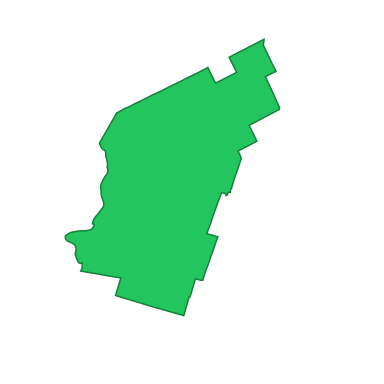 the district of Frasinet, Calarasi, Romania, rotated 152°
{"feature_id": "2599482B90916905842338", "entity_name": "Frasinet", "entity_type": "district", "adm_level": 2, "iso_a3": "ROU", "parent_name": "Romania", "parent_adm1": "Calarasi", "projection": "robinson", "projection_center": [26.835, 44.326], "detail": "fine", "context": "isolated", "style": "filled", "palette": "green", "viewbox_px": 384, "rotation_deg": 152, "n_neighbors": 0, "source": "geoboundaries", "source_scale": "gbopen_adm2", "svg_char_len": 3805}
<svg xmlns="http://www.w3.org/2000/svg" viewBox="0 0 384 384"><g transform="rotate(152 192 192)"><path d="M56.6,293.0L58.7,293.1L59.4,293.1L67.0,293.2L69.5,293.2L73.7,293.3L77.7,293.3L80.6,293.3L82.7,293.4L87.0,293.5L96.0,293.5L96.3,279.1L96.4,276.6L120.0,277.1L120.0,281.7L119.9,284.2L119.9,286.7L119.5,294.5L120.0,294.4L121.7,294.4L125.9,294.5L127.7,294.5L128.6,294.5L131.9,294.6L137.8,294.8L141.6,295.0L144.5,295.0L149.2,295.1L153.8,295.2L156.7,295.3L160.2,295.4L164.4,295.6L167.1,295.6L168.4,295.6L170.1,295.6L171.6,295.6L172.2,295.7L172.9,295.8L174.6,295.9L177.0,296.0L179.1,296.1L180.1,296.3L185.2,296.3L188.9,296.4L191.3,296.4L192.1,296.4L195.2,296.5L197.0,296.6L198.7,296.7L201.1,296.8L202.1,296.8L204.2,296.8L206.3,296.8L207.8,296.9L210.0,297.0L210.8,297.1L211.5,297.2L212.4,297.3L213.8,297.3L216.7,297.1L221.2,297.2L237.3,287.1L239.3,285.8L250.0,279.1L250.9,278.5L250.9,277.6L250.9,276.6L251.2,274.7L251.3,273.7L251.2,273.3L250.9,272.5L250.6,271.3L249.4,269.4L249.4,268.6L249.7,267.8L250.2,266.3L251.4,264.1L251.9,261.1L252.8,258.0L253.2,256.9L254.1,255.5L254.4,254.9L254.7,254.3L255.0,254.0L255.3,253.6L255.4,253.4L255.2,253.3L255.1,253.1L255.4,252.1L256.0,251.0L256.6,249.9L257.8,248.4L258.8,247.8L259.9,247.3L261.2,246.7L263.7,245.2L268.6,241.7L269.2,240.9L271.1,237.9L271.5,236.0L273.0,233.3L274.2,229.6L274.3,227.9L274.5,225.9L275.1,223.9L275.7,222.7L276.4,221.5L277.0,220.8L278.7,219.8L280.2,219.2L283.7,217.5L285.8,216.6L288.2,215.7L290.8,214.4L292.4,213.2L294.9,210.7L294.0,209.9L293.9,209.6L293.7,209.3L293.7,209.2L293.9,208.9L295.1,207.8L295.8,207.2L296.3,207.0L296.8,206.7L298.4,206.3L299.1,206.3L300.0,206.5L302.2,207.1L302.9,207.3L303.5,207.5L305.5,208.4L307.2,209.4L309.6,210.5L312.4,211.5L315.2,212.4L316.7,212.8L318.4,213.2L319.1,213.3L320.0,213.2L321.1,213.2L322.3,213.0L323.9,212.8L324.6,212.5L324.9,212.0L325.2,211.0L325.5,210.5L325.6,210.1L325.5,209.0L325.4,207.9L325.0,207.1L324.0,205.9L322.8,204.4L321.8,203.1L320.5,200.8L320.4,199.5L320.3,198.9L320.5,197.9L320.6,196.8L322.1,194.7L323.2,193.3L324.3,192.1L324.9,188.8L325.1,187.1L325.4,183.8L325.2,182.6L324.7,182.0L323.6,181.1L322.3,180.9L324.4,177.0L324.8,176.4L325.4,175.8L326.4,175.2L327.4,174.4L321.8,170.1L312.5,162.9L308.7,159.9L303.4,155.7L301.2,154.0L298.9,152.3L296.4,150.5L295.1,149.6L308.1,136.5L300.8,129.2L293.5,122.0L283.7,112.1L270.2,99.1L262.3,91.5L258.9,88.3L257.6,87.0L257.4,86.7L256.6,87.4L246.8,97.6L244.0,100.4L243.9,100.4L243.6,100.4L243.2,100.1L241.2,102.0L239.7,103.5L237.6,105.8L233.5,109.9L229.7,113.9L226.1,110.3L224.8,109.4L223.8,109.0L221.6,111.4L220.4,112.5L219.7,113.2L219.0,113.9L218.0,114.9L217.7,115.2L213.9,118.6L213.2,119.2L211.6,120.6L210.5,121.6L207.6,124.3L202.9,128.6L201.3,130.1L199.8,131.5L197.1,134.0L195.4,135.6L190.2,140.3L198.4,148.2L196.9,149.7L195.4,151.1L194.6,151.8L192.7,153.4L191.3,154.7L190.7,155.3L190.2,155.7L189.5,156.3L189.2,156.7L188.9,156.9L187.7,158.1L186.5,159.2L184.1,161.6L183.5,162.2L183.1,162.4L180.1,165.1L175.4,169.4L173.2,171.4L170.8,173.5L169.0,175.2L168.4,175.7L167.4,176.5L166.2,177.5L164.9,176.5L164.0,175.7L163.5,175.0L163.3,174.3L163.4,173.8L163.5,173.1L163.5,172.8L163.3,172.7L163.0,172.6L162.4,172.9L161.8,173.3L161.1,173.9L160.4,174.4L159.9,174.6L159.4,174.6L159.2,174.5L158.8,173.7L158.4,173.6L158.2,173.8L157.8,174.2L157.6,174.7L157.0,175.8L156.6,176.1L155.6,176.5L149.8,182.5L144.5,187.4L132.8,198.4L132.4,200.1L132.4,200.5L132.2,202.1L132.2,204.5L132.1,206.5L110.9,206.4L110.9,206.6L110.9,206.8L110.8,209.2L110.7,211.1L110.4,220.0L110.3,220.5L110.3,222.1L110.2,224.1L104.2,224.0L98.6,224.0L96.6,224.0L91.7,224.0L76.0,223.9L75.1,225.6L74.3,237.1L73.7,246.3L73.4,252.1L73.1,259.4L61.1,259.1L61.1,260.3L61.1,261.8L61.0,267.6L60.8,271.7L60.5,279.0L60.1,288.1L59.6,288.9L56.6,293.0Z" fill="#22c55e" stroke="#15803d" stroke-width="1.5"/></g></svg>